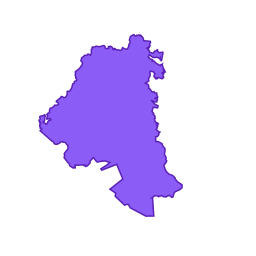 outline of Landa de Matamoros, Querétaro, Mexico, rotated 144°
{"feature_id": "50627088B98112130077485", "entity_name": "Landa de Matamoros", "entity_type": "district", "adm_level": 2, "iso_a3": "MEX", "parent_name": "Mexico", "parent_adm1": "Querétaro", "projection": "albers", "projection_center": [-99.184, 21.282], "detail": "fine", "context": "isolated", "style": "filled", "palette": "violet", "viewbox_px": 256, "rotation_deg": 144, "n_neighbors": 0, "source": "geoboundaries", "source_scale": "gbopen_adm2", "svg_char_len": 5874}
<svg xmlns="http://www.w3.org/2000/svg" viewBox="0 0 256 256"><g transform="rotate(144 128 128)"><path d="M138.1,203.4L139.6,201.9L140.2,200.2L140.9,199.0L140.9,197.6L141.6,196.8L142.0,196.6L143.7,197.1L144.3,196.9L145.4,195.8L146.3,196.1L147.1,196.0L149.4,193.9L150.8,193.1L151.9,192.8L152.8,192.2L153.9,192.2L155.2,193.3L155.6,193.4L155.9,193.2L156.5,192.1L157.9,190.7L159.3,190.0L160.8,189.7L161.9,190.1L162.7,191.9L163.4,192.7L165.1,192.1L170.0,191.9L170.5,191.6L170.6,191.3L170.0,190.2L169.9,189.5L170.1,188.4L170.5,188.0L171.8,188.1L173.8,189.5L177.1,188.9L179.4,189.7L181.4,188.2L182.5,186.5L183.9,187.0L185.6,186.7L185.9,186.4L185.6,185.5L185.6,185.2L187.5,184.1L188.1,183.6L188.4,183.0L188.3,182.7L186.5,182.0L185.3,181.2L185.2,180.5L185.6,180.0L186.0,179.8L187.3,180.5L188.0,180.5L189.2,180.1L191.1,179.1L191.7,179.2L192.1,179.5L192.2,180.4L193.1,181.8L193.3,182.4L193.3,182.7L192.9,182.9L191.7,182.7L191.2,183.0L190.6,183.5L189.9,184.6L188.1,186.2L187.6,186.8L187.5,187.3L187.8,187.8L188.9,187.7L190.2,188.2L191.7,189.0L192.6,189.1L193.2,188.5L193.4,187.4L194.3,186.5L195.1,186.3L195.4,186.6L195.5,186.5L195.9,185.7L195.7,184.6L196.0,184.6L196.1,184.4L195.8,184.0L195.8,183.7L196.7,183.2L196.5,182.7L196.9,182.5L197.2,182.7L197.6,182.1L198.3,181.6L198.5,180.8L198.4,180.4L198.7,180.2L199.1,179.6L198.5,179.2L198.8,178.8L198.9,178.2L198.5,177.7L200.7,177.4L197.6,163.7L197.4,162.5L197.2,161.8L196.5,161.1L196.8,159.0L196.6,157.9L194.9,156.5L193.5,156.2L191.8,156.0L190.8,156.4L189.8,156.0L189.4,155.8L189.3,155.2L187.6,153.5L187.1,152.7L187.3,150.5L187.0,150.1L187.2,148.7L188.7,146.6L189.3,146.3L193.4,145.2L194.6,144.7L195.1,144.1L195.2,143.1L197.1,141.7L197.0,135.9L196.5,133.7L197.2,132.3L197.3,131.5L196.7,130.1L196.5,129.1L196.0,128.5L196.1,128.2L195.5,127.7L194.4,127.5L194.3,126.7L194.1,126.7L193.8,127.4L193.4,127.8L192.9,129.0L192.5,129.2L191.9,128.4L186.2,124.7L185.8,123.9L185.5,123.8L185.6,123.5L185.1,123.4L185.1,122.9L184.8,123.1L184.3,122.7L184.7,121.7L182.9,121.2L180.3,121.9L179.3,121.9L178.4,123.4L173.4,124.4L173.2,119.2L172.7,118.4L168.8,116.6L165.9,114.8L163.0,110.7L166.7,110.5L174.0,110.9L174.0,109.3L158.5,105.2L162.2,89.8L178.6,89.1L176.2,82.3L178.5,80.4L176.1,67.6L174.0,66.9L172.7,66.1L173.0,61.8L165.3,46.1L163.1,44.7L158.9,41.6L149.1,57.2L149.4,57.4L146.0,57.4L143.8,55.5L143.7,54.5L140.4,53.6L139.6,51.4L138.6,50.6L137.5,49.8L136.2,49.8L134.1,49.1L133.4,46.2L132.1,45.8L130.9,46.8L128.9,48.3L127.1,48.7L122.7,47.7L119.5,47.9L117.7,50.0L118.6,53.0L119.5,55.1L119.8,59.7L119.2,60.1L119.8,63.4L121.8,66.3L122.4,68.8L122.5,71.1L121.9,74.1L121.4,74.8L121.5,75.1L120.9,76.9L119.6,77.2L118.8,77.2L118.2,77.6L117.1,77.8L115.9,78.9L116.0,80.2L114.8,81.3L114.2,82.9L114.2,85.0L110.9,88.4L110.1,90.2L110.4,91.8L110.4,92.4L110.2,93.7L109.7,95.5L111.5,99.0L112.4,99.9L113.4,100.6L113.0,101.5L110.8,104.7L109.3,103.8L108.8,103.9L107.6,104.2L107.1,104.5L106.4,105.4L104.6,106.0L105.3,106.7L106.1,110.3L104.9,110.6L103.1,112.0L103.5,113.0L103.1,113.3L102.0,113.0L101.8,113.4L102.0,113.9L101.6,113.6L101.0,113.6L101.1,114.3L102.3,117.0L101.6,118.9L101.5,119.6L100.5,119.8L100.1,120.1L100.0,120.7L99.1,122.0L99.5,124.4L98.7,124.6L98.7,126.6L99.0,127.1L95.5,129.9L92.2,126.9L90.6,128.2L92.2,131.3L92.9,136.9L91.2,133.6L89.6,132.2L87.4,133.7L87.2,134.3L87.7,135.3L88.8,135.7L88.7,136.2L88.1,136.2L86.2,135.3L85.7,135.5L85.4,137.1L84.3,139.5L85.5,140.1L85.6,142.1L87.3,142.7L87.4,147.4L88.0,148.0L86.9,149.0L86.2,150.8L86.2,151.4L87.6,154.1L86.4,154.1L85.2,153.7L84.0,154.0L83.4,153.9L82.5,155.8L80.4,156.7L79.0,157.7L77.1,160.9L76.2,160.6L75.3,159.4L74.4,158.7L74.3,158.2L74.6,157.7L74.2,156.2L76.3,155.0L76.6,154.5L76.6,154.0L76.8,153.4L76.4,153.0L76.6,152.2L76.4,152.0L76.6,151.4L75.4,150.8L74.9,151.6L72.9,150.0L71.6,147.8L70.2,147.9L69.7,147.7L69.1,148.5L69.3,149.3L68.7,150.2L67.1,150.9L66.8,151.4L67.3,151.2L68.2,152.3L67.8,152.6L67.4,152.3L66.8,152.2L66.5,151.9L65.4,153.7L65.4,153.3L65.7,152.7L65.0,152.0L65.4,151.6L64.9,151.4L64.0,157.0L63.4,158.0L63.3,159.0L62.7,159.5L63.7,159.5L64.1,159.9L65.2,159.6L67.1,163.6L67.4,164.9L67.4,166.6L69.1,167.8L68.0,168.8L69.9,171.5L69.6,172.4L70.0,173.1L69.7,173.5L67.7,174.8L67.7,174.2L67.1,172.8L66.5,170.7L65.4,169.6L63.9,168.8L62.6,167.7L62.2,166.8L61.8,166.5L61.6,165.5L61.0,165.7L61.4,165.2L61.8,164.0L61.7,163.4L61.5,162.9L61.5,162.3L61.4,162.7L55.7,168.1L55.3,168.9L58.3,170.5L58.8,171.5L58.9,172.7L58.1,173.9L58.3,174.2L59.4,173.7L60.0,173.9L61.2,174.5L61.9,174.4L62.0,174.0L63.1,173.7L63.9,174.0L64.5,174.6L65.8,176.6L65.7,177.5L65.4,178.1L65.6,179.6L65.2,179.7L65.9,181.5L65.1,181.6L64.9,181.1L64.3,180.5L63.5,180.7L63.5,181.1L62.9,181.1L62.9,181.6L61.9,181.6L62.0,181.9L61.7,182.5L60.9,183.3L59.6,183.8L59.0,185.0L63.9,189.3L62.8,192.5L63.0,193.6L63.2,193.8L63.1,194.3L63.3,194.5L63.0,194.9L63.3,195.8L64.3,196.1L64.3,196.8L66.2,197.4L66.4,197.9L67.6,197.9L68.4,199.0L68.2,199.9L69.1,200.2L70.1,200.6L70.7,200.3L71.7,200.6L72.6,200.4L75.3,198.3L75.3,196.9L75.8,196.1L78.2,195.0L80.4,192.9L81.4,192.8L82.1,192.4L82.8,192.5L84.0,193.8L84.7,195.2L85.0,196.2L85.5,196.1L87.0,195.0L88.0,195.0L88.6,195.4L89.9,196.9L91.3,197.9L91.6,198.4L91.8,199.8L92.0,200.2L92.5,200.4L93.3,199.7L93.7,199.8L93.9,200.8L93.5,201.5L93.4,202.8L94.1,204.5L95.3,204.8L95.8,205.3L96.1,205.3L96.3,205.1L96.5,204.0L97.0,203.8L98.7,204.8L99.4,205.9L99.4,206.4L98.9,207.1L98.6,207.9L99.0,208.8L100.2,209.5L102.4,210.1L103.2,210.5L104.0,211.1L105.3,212.6L105.8,213.0L107.1,213.0L108.8,214.2L109.5,214.4L109.9,214.2L110.1,213.5L110.4,213.2L111.3,213.2L112.1,212.4L112.9,210.9L114.7,209.3L115.5,208.9L115.9,209.2L116.1,210.2L116.4,210.8L117.1,211.4L118.6,211.1L119.1,211.2L120.3,212.3L121.9,212.0L123.9,212.0L124.5,211.8L126.6,210.1L126.7,209.5L126.3,208.4L126.3,207.8L128.0,206.1L132.6,204.6L133.7,204.7L135.0,204.4L136.0,204.7L137.4,204.5L137.8,204.2L138.1,203.4Z" fill="#8b5cf6" stroke="#5b21b6" stroke-width="1.5"/></g></svg>